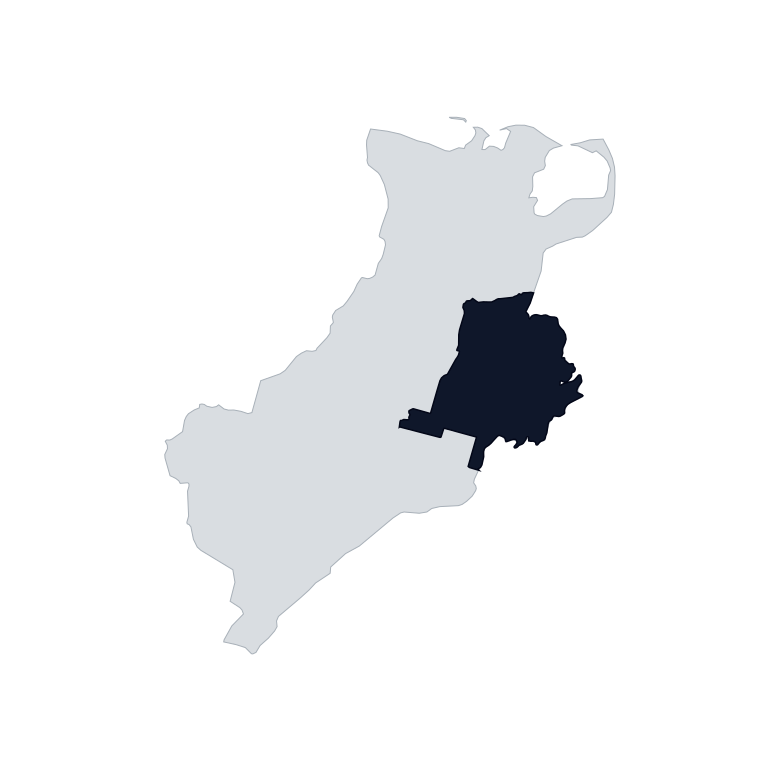 Turkmenistan, with Tashauz highlighted, rotated 106°
{"feature_id": "TKM-353", "entity_name": "Tashauz", "entity_type": "Province", "adm_level": 1, "iso_a3": "TKM", "parent_name": "Turkmenistan", "parent_adm1": "", "projection": "robinson", "projection_center": [58.681, 41.132], "detail": "fine", "context": "in_parent", "style": "filled", "palette": "ink", "viewbox_px": 768, "rotation_deg": 106, "n_neighbors": 0, "source": "natural_earth", "source_scale": "10m", "svg_char_len": 7943}
<svg xmlns="http://www.w3.org/2000/svg" viewBox="0 0 768 768"><g transform="rotate(106 384 384)"><path d="M232.1,264.1L265.2,265.9L275.3,267.1L279.5,262.7L279.3,261.6L277.8,260.7L275.4,257.6L273.3,237.0L276.2,234.0L279.5,231.9L284.3,225.4L286.9,223.4L290.7,221.8L303.2,221.3L308.5,220.1L313.1,212.7L314.0,208.4L317.5,205.0L319.4,205.0L327.9,207.9L329.8,209.5L332.6,214.9L335.8,214.5L336.3,213.6L335.9,212.4L333.5,209.1L328.2,202.9L323.0,199.1L322.5,197.8L327.0,194.8L335.9,196.1L338.2,195.1L340.6,190.2L352.4,201.2L354.6,202.3L364.1,203.8L365.7,205.3L368.9,211.6L372.1,213.3L376.1,214.5L392.9,214.7L398.2,219.0L399.1,220.0L398.1,223.0L397.8,228.8L396.5,231.1L397.3,232.0L403.3,234.4L406.9,238.1L407.2,239.7L406.2,240.8L403.4,240.2L402.1,241.9L402.1,244.9L404.1,247.7L404.7,250.3L401.9,256.3L401.8,258.8L402.8,260.2L418.0,269.2L420.4,269.5L435.1,267.9L437.9,268.9L450.7,270.9L454.3,270.6L456.7,267.7L459.0,266.5L461.2,266.5L467.4,268.3L473.9,272.2L478.2,275.7L480.4,278.9L486.5,296.6L490.5,303.8L495.2,307.5L498.5,314.4L501.5,329.4L503.3,332.5L510.4,338.5L546.6,363.1L557.6,374.2L574.6,384.8L580.8,383.6L594.1,394.9L602.6,399.2L613.5,406.0L636.5,421.4L641.4,422.0L646.7,419.9L651.6,421.1L660.2,425.1L669.5,431.0L677.3,433.1L679.6,435.7L679.8,437.1L675.6,444.6L675.3,454.2L676.1,467.0L674.0,467.2L658.5,463.6L643.8,455.7L640.4,458.2L638.7,460.9L635.3,472.0L615.7,472.6L604.2,478.1L594.4,514.1L592.2,518.6L585.8,524.4L574.6,530.2L572.9,532.5L572.6,534.7L571.2,535.4L564.9,535.4L541.2,543.3L536.0,543.3L533.9,543.9L533.0,545.3L535.7,552.5L533.6,554.6L532.2,558.1L531.1,564.4L515.5,574.1L512.2,575.3L505.9,574.3L502.6,575.4L499.3,578.5L497.7,577.5L496.9,574.4L495.2,572.4L485.3,564.5L474.0,565.7L469.8,565.1L466.5,563.8L461.3,559.3L457.9,555.0L454.4,555.5L453.4,553.5L453.2,551.1L454.2,548.2L453.9,542.8L451.9,538.9L449.6,537.2L452.1,530.9L452.0,526.3L450.4,521.2L449.7,513.9L450.0,506.7L447.9,503.1L414.8,503.4L402.9,486.7L398.1,482.7L381.7,475.7L377.1,471.9L373.4,467.7L372.4,462.1L370.6,458.7L368.0,458.2L355.2,451.6L350.0,449.8L343.0,451.5L338.8,449.6L334.0,452.1L331.9,452.3L326.6,450.7L320.2,444.7L314.8,442.3L303.4,438.5L295.4,437.3L288.3,435.0L287.6,434.2L287.4,429.1L286.5,427.0L284.4,424.4L281.7,422.6L269.6,422.7L264.0,420.8L259.6,420.5L249.9,420.9L246.8,422.2L245.0,423.9L243.8,428.8L242.8,429.5L233.4,429.7L213.5,428.5L205.1,431.0L192.2,438.6L184.7,445.0L182.5,447.8L177.9,459.1L176.0,460.8L173.4,462.1L170.8,462.3L159.0,466.7L154.4,467.8L142.6,467.2L140.1,450.5L139.3,437.3L141.0,419.0L140.6,407.3L142.8,389.4L142.2,385.0L136.3,377.2L135.5,371.7L131.9,371.4L126.0,366.8L120.2,365.0L117.3,364.9L114.6,366.2L112.6,368.9L111.3,364.7L111.5,360.3L116.3,351.3L119.1,353.9L122.7,355.0L131.6,354.5L130.8,351.4L126.3,348.2L125.4,344.1L125.8,339.9L127.1,335.9L125.8,334.3L123.7,333.3L118.9,333.4L106.3,331.9L104.7,336.6L108.1,342.8L102.5,335.7L98.8,328.5L96.5,320.1L96.3,311.0L101.5,296.5L105.9,278.6L110.5,286.1L114.0,289.4L121.7,291.5L125.5,291.0L129.6,289.1L133.5,289.7L139.5,297.5L143.9,298.3L153.1,295.4L157.5,294.7L161.2,296.0L165.1,296.1L163.5,292.4L162.8,288.9L165.2,287.0L172.3,289.0L178.1,286.9L179.1,286.0L179.8,283.0L179.1,276.9L177.8,274.3L174.5,270.7L161.9,262.0L157.7,258.6L154.2,254.1L148.8,236.4L144.6,225.1L142.9,223.7L135.5,222.8L121.3,225.6L116.4,225.0L114.0,226.2L108.2,230.9L105.4,235.0L101.4,244.3L104.2,247.4L101.6,263.1L102.7,269.8L102.2,270.3L98.1,261.9L92.7,253.6L88.2,240.9L96.9,232.5L104.2,226.6L112.0,222.2L120.1,219.3L138.1,214.6L148.1,213.0L156.2,212.7L162.3,215.5L178.9,225.7L186.1,231.5L188.1,233.8L190.0,239.4L202.0,257.2L204.9,259.8L209.6,265.4L214.2,267.1L232.1,264.1ZM110.1,392.5L109.7,394.9L107.6,387.7L106.6,379.7L108.1,377.5L109.7,377.6L108.1,380.5L110.1,392.5Z" fill="#d9dde1" stroke="#a8b0b8" stroke-width="1"/><path d="M340.5,189.5L341.5,190.1L350.4,199.6L353.1,201.9L356.0,203.1L357.9,203.4L359.1,203.3L360.3,203.0L361.5,202.5L362.5,202.4L363.5,203.0L366.1,205.5L366.7,206.3L367.1,207.3L367.6,211.2L368.2,212.1L369.4,212.7L371.5,212.9L372.4,213.2L374.1,214.8L375.1,215.2L377.3,215.2L386.0,214.0L389.6,214.3L391.4,214.1L393.3,214.3L394.6,215.6L395.7,217.2L397.2,218.4L399.0,219.1L400.0,219.6L400.5,220.2L400.4,221.1L399.7,221.6L398.8,221.9L398.2,222.3L397.8,224.7L398.6,227.2L398.8,229.2L396.3,230.1L395.5,230.2L395.1,230.7L395.0,231.4L395.5,232.1L396.1,232.4L398.2,232.3L402.6,233.8L403.8,234.8L404.8,236.1L405.2,236.8L405.9,237.4L407.8,238.4L408.4,238.9L408.9,239.5L409.3,240.2L409.4,240.9L408.9,241.5L408.3,241.6L407.5,241.3L406.0,240.5L404.5,240.0L403.2,240.1L402.0,240.8L401.0,242.2L401.4,244.0L402.7,246.3L405.4,249.9L405.8,250.8L405.3,251.4L403.6,252.2L402.9,252.8L402.3,253.5L402.0,254.4L401.5,258.4L401.8,259.6L403.0,260.7L407.5,262.9L411.5,264.8L414.1,266.5L416.3,268.5L417.5,269.3L419.0,269.7L421.5,269.7L426.5,268.1L434.8,267.6L437.7,268.3L439.7,270.2L440.0,270.0L440.3,269.7L440.8,268.8L440.8,269.8L440.7,278.6L440.5,279.4L440.0,280.4L409.8,280.4L409.5,280.5L409.9,313.3L410.0,313.9L410.2,314.2L410.8,314.3L419.1,314.6L419.6,314.8L419.8,315.3L419.9,315.9L420.3,331.3L420.7,347.7L420.9,357.1L421.3,357.4L415.9,358.2L414.6,358.1L414.4,357.8L414.3,357.4L414.1,356.8L414.0,356.6L413.6,356.2L413.2,355.9L413.0,355.6L412.8,355.4L412.7,355.1L412.4,353.9L412.1,352.2L411.9,351.7L411.8,351.4L411.6,351.0L411.1,350.5L410.7,350.3L410.4,350.3L410.2,350.4L409.3,350.9L408.9,350.9L408.3,350.9L407.2,350.6L406.6,350.6L406.2,350.6L406.0,350.8L405.8,351.0L405.3,351.6L405.1,351.8L404.9,352.0L404.4,352.2L403.9,352.4L403.1,352.6L402.8,352.5L402.5,352.3L400.1,349.7L399.8,349.2L399.7,348.6L399.6,332.1L399.5,331.5L399.2,331.3L398.7,331.2L375.9,331.2L365.4,331.1L362.3,330.4L359.8,328.8L359.2,328.3L357.2,325.7L340.5,321.8L338.6,321.1L335.9,320.4L332.6,320.4L332.2,320.4L332.0,320.5L331.8,320.7L331.7,320.9L331.6,321.2L331.6,321.5L331.7,322.8L331.7,323.0L331.5,323.3L330.7,323.4L326.2,322.9L316.0,325.7L311.1,326.3L294.1,326.1L291.5,327.0L290.6,327.6L289.0,329.0L288.7,329.2L288.4,329.3L285.8,329.6L285.4,329.6L285.1,329.5L284.8,329.3L284.6,329.2L284.2,328.7L283.9,328.3L283.6,328.2L283.4,328.0L281.8,327.7L281.6,327.6L281.4,327.4L281.3,327.2L281.0,326.6L280.3,324.5L280.1,324.2L279.8,323.8L278.6,323.2L277.4,322.3L279.2,317.4L279.6,315.8L277.7,311.2L276.0,304.7L275.5,303.1L273.1,300.3L271.9,299.3L270.9,298.1L270.6,297.6L270.4,297.2L269.9,295.5L265.2,284.0L265.0,283.8L263.8,282.6L262.5,280.7L262.0,280.2L261.7,280.0L260.9,279.6L260.5,279.4L260.1,279.0L260.0,278.6L260.0,278.3L260.1,278.0L260.3,277.4L260.4,277.0L260.4,276.6L260.1,276.3L260.0,276.2L259.4,276.2L259.1,276.1L258.7,276.0L258.3,275.6L258.0,275.2L257.7,274.5L256.6,271.1L255.5,268.3L255.3,267.3L255.2,265.3L256.7,265.4L266.0,265.8L269.9,266.6L275.0,267.6L275.8,267.2L277.1,265.0L277.9,264.1L279.8,263.2L280.7,262.7L281.2,262.2L281.3,261.8L281.0,261.6L278.9,261.1L278.3,260.8L277.7,260.4L276.8,259.5L276.0,258.2L275.4,256.8L275.3,255.4L275.3,253.6L275.2,252.2L274.7,250.8L273.8,249.4L273.1,247.6L273.1,246.0L273.5,244.4L273.6,242.5L272.7,238.5L272.7,236.5L273.9,235.0L277.9,233.3L279.6,232.1L281.2,230.0L283.5,226.1L286.8,223.1L290.7,221.4L294.7,221.3L300.5,222.2L302.4,221.8L304.7,220.8L305.5,220.6L308.3,220.8L309.1,220.6L310.0,220.0L309.9,219.5L309.4,219.0L309.1,218.2L309.4,217.5L311.0,217.0L311.6,216.4L313.3,212.9L313.7,211.7L313.6,210.9L312.7,209.2L312.5,207.9L313.2,207.3L314.3,206.9L315.4,205.8L315.7,205.2L316.2,204.7L316.9,204.3L317.8,204.2L318.8,204.2L319.6,204.5L320.2,205.0L321.1,206.3L321.8,206.6L322.4,206.6L323.9,206.0L324.7,205.9L325.6,206.0L329.7,207.8L331.1,208.7L332.1,210.0L332.5,211.8L332.4,212.8L332.2,213.6L332.2,214.4L332.6,215.1L333.3,215.3L336.0,214.9L336.5,214.6L336.6,214.2L336.4,213.7L336.0,213.4L334.3,211.6L331.3,207.0L330.2,204.6L328.9,202.9L327.4,201.8L322.3,199.6L321.5,199.0L321.3,198.0L321.7,197.3L322.4,196.8L324.0,196.1L326.2,194.9L326.9,194.7L327.9,194.7L332.4,196.4L334.5,196.8L336.6,196.9L338.3,196.5L339.2,195.0L339.7,190.7L340.5,189.5Z" fill="#0f172a" stroke="#020617" stroke-width="1.5"/></g></svg>